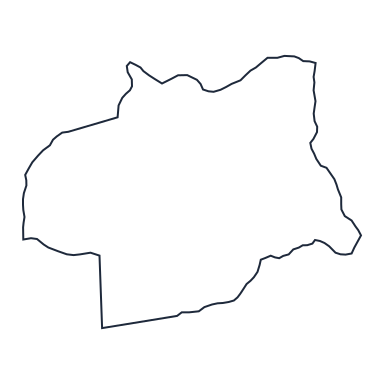 the district of Guariba, São Paulo, Brazil
{"feature_id": "56859067B39264399371297", "entity_name": "Guariba", "entity_type": "district", "adm_level": 2, "iso_a3": "BRA", "parent_name": "Brazil", "parent_adm1": "São Paulo", "projection": "albers", "projection_center": [-48.212, -21.397], "detail": "fine", "context": "isolated", "style": "outline", "palette": "slate", "viewbox_px": 384, "rotation_deg": 0, "n_neighbors": 0, "source": "geoboundaries", "source_scale": "gbopen_adm2", "svg_char_len": 1735}
<svg xmlns="http://www.w3.org/2000/svg" viewBox="0 0 384 384"><path d="M177.1,315.9L181.8,312.3L189.4,312.3L198.8,311.3L204.4,307.1L212.0,304.5L217.6,303.3L222.8,303.0L228.7,302.0L233.9,300.5L237.5,297.4L240.3,293.7L243.4,289.0L246.6,284.0L250.6,280.7L253.9,277.2L257.5,271.9L259.6,265.0L260.8,259.7L265.3,258.0L270.7,255.7L275.0,257.4L279.2,258.2L283.2,255.9L288.7,254.4L293.3,249.4L298.8,247.6L302.7,245.3L307.2,245.2L312.4,243.6L315.0,240.0L320.0,241.0L324.5,243.0L329.2,246.3L335.5,252.7L340.5,254.3L345.6,254.6L351.6,253.5L354.3,247.6L357.0,242.7L361.0,235.4L358.2,230.1L355.4,226.3L351.6,220.5L344.8,216.1L341.4,209.5L341.2,204.2L341.2,197.4L337.9,189.3L336.5,184.6L334.4,179.2L326.5,167.8L320.8,165.7L316.3,158.9L314.1,153.6L311.5,148.7L310.3,142.9L313.4,139.0L317.0,132.1L317.2,126.7L314.6,121.2L313.7,113.6L314.6,107.2L315.5,101.2L313.6,90.3L314.4,82.4L313.6,76.9L314.6,71.1L315.6,63.0L309.7,61.4L303.2,61.1L298.8,58.1L294.3,56.4L284.4,55.9L277.4,57.8L267.5,57.8L261.0,63.2L255.9,67.5L250.5,70.6L245.5,75.3L240.5,80.3L231.6,83.9L226.1,87.0L220.5,89.8L213.6,91.8L208.5,91.3L203.0,89.5L200.6,84.0L196.9,79.8L187.2,75.1L178.0,75.3L171.4,78.8L162.0,83.5L154.9,79.1L149.0,75.3L143.4,71.1L140.5,67.5L135.7,64.9L130.1,62.2L126.8,66.0L127.7,72.2L131.8,79.4L132.0,86.3L129.9,90.3L125.9,93.8L122.3,97.8L118.6,105.4L117.6,117.3L68.3,131.8L62.2,132.6L56.8,136.4L53.0,139.7L49.9,145.3L43.1,150.3L38.0,155.7L32.3,162.3L28.7,168.5L25.2,174.9L26.3,180.3L26.4,185.5L23.9,193.1L23.0,199.2L23.0,204.8L23.3,209.9L24.5,217.0L23.6,222.6L23.1,227.3L23.3,239.5L31.0,238.2L37.0,239.0L43.7,244.5L48.3,247.5L58.0,251.2L66.8,254.3L73.6,255.1L79.9,254.4L90.5,252.7L99.5,255.6L102.1,328.1L177.1,315.9Z" fill="none" stroke="#1e293b" stroke-width="2"/></svg>